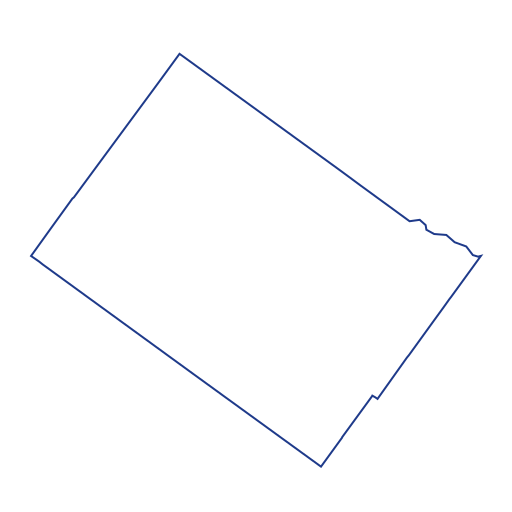 the district of Butte, South Dakota, United States of America, rotated 216°
{"feature_id": "52423323B65775953341518", "entity_name": "Butte", "entity_type": "district", "adm_level": 2, "iso_a3": "USA", "parent_name": "United States of America", "parent_adm1": "South Dakota", "projection": "robinson", "projection_center": [-103.763, 44.892], "detail": "fine", "context": "isolated", "style": "outline", "palette": "blue", "viewbox_px": 512, "rotation_deg": 216, "n_neighbors": 0, "source": "geoboundaries", "source_scale": "gbopen_adm2", "svg_char_len": 613}
<svg xmlns="http://www.w3.org/2000/svg" viewBox="0 0 512 512"><g transform="rotate(216 256 256)"><path d="M74.1,388.3L76.0,386.0L81.1,384.2L91.5,387.3L103.4,383.9L114.4,384.9L124.8,378.5L133.6,377.4L136.9,380.7L144.8,381.5L152.2,374.4L212.7,374.5L236.3,374.7L436.7,374.6L436.8,338.8L437.8,196.4L438.3,194.6L438.2,159.2L438.0,123.8L427.9,124.0L423.7,123.8L237.7,123.7L79.6,123.8L79.6,159.7L79.8,160.1L79.7,210.6L79.8,211.4L76.2,211.8L73.7,211.8L74.2,262.5L74.0,265.8L74.1,306.7L74.1,306.8L74.1,325.1L74.1,325.3L74.2,334.8L74.1,337.5L74.1,338.5L74.1,388.3Z" fill="none" stroke="#1e3a8a" stroke-width="2"/></g></svg>